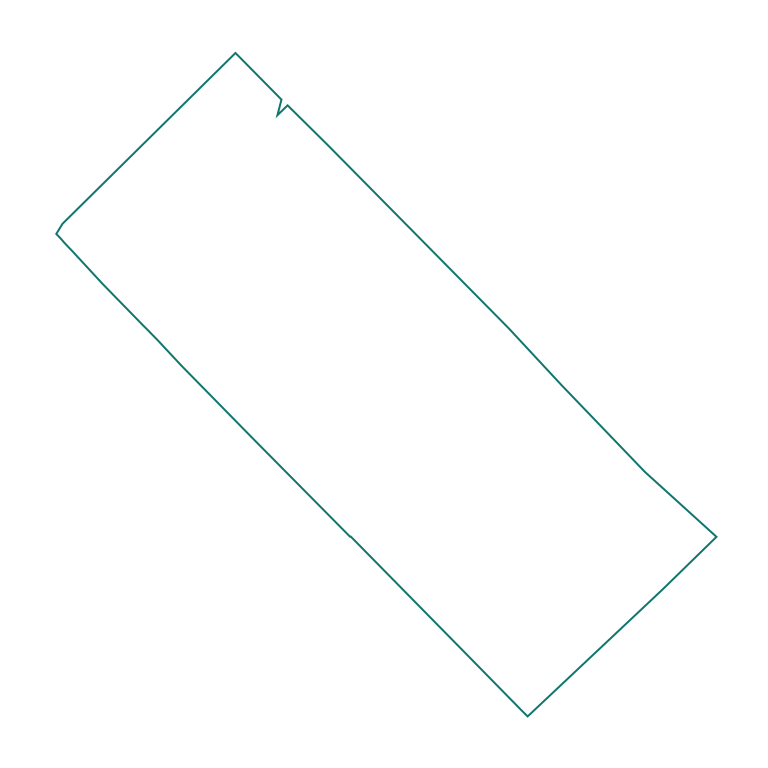 the district of Geneva, Alabama, United States of America, rotated 46°
{"feature_id": "52423323B5863423777851", "entity_name": "Geneva", "entity_type": "district", "adm_level": 2, "iso_a3": "USA", "parent_name": "United States of America", "parent_adm1": "Alabama", "projection": "equal_earth", "projection_center": [-85.923, 31.096], "detail": "fine", "context": "isolated", "style": "outline", "palette": "teal", "viewbox_px": 768, "rotation_deg": 46, "n_neighbors": 0, "source": "geoboundaries", "source_scale": "gbopen_adm2", "svg_char_len": 517}
<svg xmlns="http://www.w3.org/2000/svg" viewBox="0 0 768 768"><g transform="rotate(46 384 384)"><path d="M42.7,260.9L45.4,503.9L48.4,515.5L55.1,515.5L60.0,515.8L66.0,515.9L71.9,515.9L116.2,516.9L174.8,516.6L178.4,516.5L195.2,516.4L195.3,516.4L230.3,517.0L331.7,516.2L470.3,514.5L470.6,513.9L634.9,512.4L713.1,511.8L713.5,511.8L722.9,511.6L725.3,326.1L724.9,251.0L628.5,257.4L508.4,257.1L430.3,255.6L172.7,258.5L116.6,259.8L116.6,273.9L108.2,260.2L42.7,260.9Z" fill="none" stroke="#0f766e" stroke-width="2"/></g></svg>